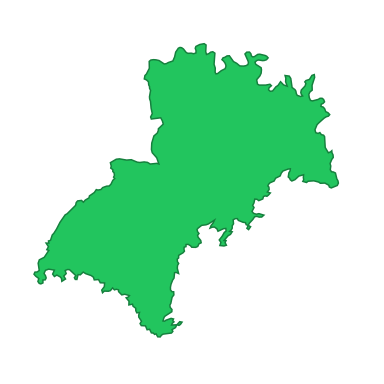 São José dos Ausentes, Rio Grande do Sul, Brazil (Robinson projection), rotated 9°
{"feature_id": "56859067B10014476741522", "entity_name": "São José dos Ausentes", "entity_type": "district", "adm_level": 2, "iso_a3": "BRA", "parent_name": "Brazil", "parent_adm1": "Rio Grande do Sul", "projection": "robinson", "projection_center": [-49.931, -28.671], "detail": "fine", "context": "isolated", "style": "filled", "palette": "green", "viewbox_px": 384, "rotation_deg": 9, "n_neighbors": 0, "source": "geoboundaries", "source_scale": "gbopen_adm2", "svg_char_len": 5956}
<svg xmlns="http://www.w3.org/2000/svg" viewBox="0 0 384 384"><g transform="rotate(9 192 192)"><path d="M265.7,62.4L266.9,65.0L267.2,68.4L269.5,72.6L265.7,71.9L262.2,69.2L260.3,73.3L258.4,75.0L255.8,79.6L253.6,80.3L251.6,79.1L251.8,77.0L253.8,74.6L252.1,73.4L248.0,74.9L241.7,75.9L239.8,75.2L238.3,71.0L240.9,66.7L241.7,63.8L241.5,60.4L240.8,58.4L235.0,55.9L233.9,53.9L235.4,52.0L237.1,51.2L241.2,51.2L242.8,50.8L244.9,49.7L246.2,47.6L244.5,46.2L242.8,45.7L237.4,45.3L235.4,45.8L232.5,48.5L230.9,49.1L229.4,48.3L228.5,46.2L226.9,44.8L224.2,45.3L222.7,47.4L226.9,53.9L227.5,55.5L227.3,57.4L225.5,58.8L223.2,59.6L219.5,60.0L216.0,57.9L212.6,56.7L207.6,51.6L205.3,52.1L203.4,53.8L201.7,54.6L200.9,56.6L202.8,57.8L204.7,59.8L205.9,62.2L205.5,65.0L201.9,67.6L198.8,71.0L197.2,71.6L196.1,70.1L195.6,66.0L193.8,62.4L192.9,51.3L190.6,50.2L188.5,51.0L187.1,52.6L184.8,53.9L183.6,51.2L182.9,44.6L180.8,43.6L176.6,45.1L173.1,47.6L172.7,49.5L173.9,51.8L174.1,54.1L171.9,55.2L169.6,55.0L166.1,55.7L164.3,55.0L161.2,52.1L159.2,51.1L157.5,51.1L156.0,52.1L154.0,56.4L153.7,61.3L152.6,65.6L148.4,67.8L146.6,69.2L144.6,69.9L138.9,67.3L135.9,67.1L133.3,67.3L130.7,68.1L129.3,69.7L130.5,76.5L128.5,82.7L127.3,84.3L127.2,87.8L129.5,88.4L131.7,89.9L132.5,93.0L133.5,94.4L133.9,96.3L135.2,98.1L135.1,104.6L135.6,106.7L136.8,108.9L138.5,115.6L140.5,120.8L139.4,124.4L140.4,126.3L149.5,123.6L151.6,126.4L153.0,129.4L148.9,134.8L149.1,136.7L148.5,139.2L145.6,142.6L144.6,150.0L145.3,156.4L146.6,159.4L151.8,163.7L154.9,169.5L152.8,169.2L146.4,170.9L143.4,169.7L140.0,169.8L135.9,171.0L133.3,171.1L127.0,169.6L122.4,170.7L115.2,170.6L112.0,171.5L106.8,175.8L108.2,179.1L108.0,181.1L110.3,182.3L110.6,184.2L112.0,185.2L112.8,187.7L112.2,189.6L113.6,190.8L112.0,192.8L110.8,196.8L109.3,199.0L106.7,199.6L103.1,201.6L101.7,203.8L98.8,204.8L97.1,204.6L95.6,207.8L91.3,211.9L91.2,213.9L87.8,216.7L86.3,219.1L84.2,217.6L80.4,218.7L79.3,220.5L79.1,223.4L72.0,233.1L70.3,234.4L66.4,242.5L64.0,249.8L62.0,254.4L60.7,256.3L59.8,261.9L57.9,262.8L58.6,264.9L55.9,265.3L58.8,268.5L57.6,271.7L59.7,272.1L56.3,279.6L51.8,282.9L51.2,286.4L53.4,293.4L51.6,295.2L49.4,295.7L48.8,297.9L50.8,299.6L54.2,301.4L53.8,304.5L55.4,306.2L57.1,306.4L59.0,305.1L58.5,302.3L60.8,301.7L61.4,299.7L60.4,297.6L58.6,295.6L59.5,292.3L62.5,290.6L68.3,290.7L67.2,294.9L69.3,297.0L71.5,295.2L75.2,296.5L76.6,297.8L77.4,300.6L80.7,297.7L78.5,295.1L80.5,292.3L79.0,289.4L81.0,288.1L83.1,287.8L90.4,292.8L89.2,295.0L90.4,296.6L92.0,296.4L92.4,291.4L94.6,291.3L97.1,288.1L99.8,289.3L105.5,290.3L108.0,291.6L109.2,294.1L113.4,293.1L115.6,296.0L119.9,295.5L120.2,299.2L118.2,303.0L119.4,305.5L120.9,303.6L124.9,303.1L126.8,302.2L128.6,299.2L130.7,300.8L132.4,299.9L134.7,300.1L135.1,301.9L138.7,304.6L141.6,303.5L146.4,304.1L145.4,305.8L143.5,306.8L146.9,309.8L147.3,313.4L150.8,312.1L151.7,314.1L154.6,315.6L155.1,318.1L156.4,320.0L159.0,319.2L158.6,322.0L159.0,323.9L162.3,327.5L161.3,330.1L162.8,331.9L167.0,331.5L169.2,335.1L171.6,334.2L173.9,337.5L175.9,337.4L177.3,338.5L178.7,337.7L180.8,340.4L183.3,340.1L184.2,338.2L185.7,336.9L193.8,334.5L194.9,332.7L193.8,331.1L196.9,328.5L197.8,325.5L192.6,326.6L193.0,324.8L194.5,323.1L193.1,322.1L193.6,320.3L191.1,320.1L186.3,322.7L185.1,323.9L183.5,323.9L184.0,320.2L184.9,318.7L190.8,313.4L190.6,311.2L188.5,309.4L187.8,307.1L188.5,305.3L188.8,299.1L190.2,296.5L189.5,293.4L187.8,293.6L186.1,292.1L185.6,289.4L185.7,286.5L186.7,281.9L187.7,279.9L187.4,274.4L188.9,273.9L191.5,274.6L189.4,269.6L189.2,266.7L190.0,264.7L188.5,263.1L187.9,260.6L189.1,259.2L188.7,256.7L192.7,253.4L193.8,251.6L193.0,249.8L192.9,247.7L194.6,246.9L194.3,244.8L196.4,244.3L198.9,245.3L200.4,246.6L204.3,246.1L206.2,244.9L206.9,242.2L209.0,240.7L208.2,238.5L205.1,235.7L204.3,233.8L205.4,231.9L203.7,230.3L202.8,228.2L203.7,226.7L206.8,223.4L211.0,222.2L213.2,221.0L218.6,216.2L217.7,219.3L216.1,222.1L215.5,224.8L217.4,223.6L219.7,223.1L222.4,224.5L223.8,226.7L228.9,223.3L231.1,222.7L231.8,225.2L230.2,226.9L228.7,231.0L226.4,235.1L228.4,237.2L227.9,240.5L232.0,240.3L234.3,239.2L232.6,236.8L233.2,234.7L231.2,234.9L234.6,229.4L236.6,227.9L237.9,225.0L235.4,225.0L236.7,223.4L237.4,221.4L237.0,219.1L238.0,216.9L237.0,213.0L238.8,211.6L241.0,211.2L242.2,212.8L247.0,213.9L249.6,213.9L250.6,215.8L252.8,216.2L253.5,213.9L256.4,209.6L257.7,206.7L259.9,205.9L262.2,206.3L264.8,205.8L266.6,203.6L261.5,202.9L258.9,203.9L256.1,203.4L254.3,201.8L255.7,197.7L254.0,195.7L254.9,193.2L255.1,189.2L257.3,189.0L259.3,190.1L263.0,187.8L263.3,185.3L264.8,184.4L266.7,184.5L267.9,183.2L269.5,180.7L266.4,180.2L267.8,177.5L267.2,175.1L265.9,174.1L266.5,172.3L267.6,170.7L271.4,168.3L272.4,165.3L276.6,162.3L277.2,159.4L278.6,157.0L283.2,154.4L285.5,153.7L285.6,155.6L284.7,157.9L284.7,162.1L286.2,163.1L287.2,164.6L288.9,165.5L291.8,163.7L295.0,159.6L299.5,157.5L299.7,160.3L300.4,162.4L299.8,164.2L303.6,164.7L305.0,163.2L310.6,161.9L315.6,162.4L317.4,163.3L321.9,162.4L326.0,163.9L326.9,165.6L328.9,166.2L334.5,162.8L335.2,160.3L334.4,158.1L333.0,156.4L330.7,150.8L328.5,150.1L326.6,150.2L325.1,148.4L325.0,144.6L323.9,142.3L325.0,137.9L326.1,135.8L325.5,133.3L324.1,131.3L323.6,129.4L322.6,130.7L320.5,131.9L316.6,127.2L314.3,116.6L313.1,115.3L310.8,115.1L309.0,113.3L307.4,114.4L305.0,114.1L303.7,111.3L305.0,105.9L306.6,103.7L311.0,98.3L312.7,96.8L314.9,95.7L315.9,94.0L313.9,92.4L311.5,91.7L310.0,89.0L308.3,87.6L306.0,87.3L305.9,85.1L307.6,84.0L308.8,82.2L307.5,80.0L305.9,79.1L303.8,79.4L302.2,80.8L296.7,83.2L294.7,83.0L293.1,80.5L292.1,77.3L292.8,74.8L294.8,72.6L293.9,67.9L295.2,59.6L294.4,56.9L292.2,58.1L290.4,62.4L287.1,64.1L286.2,65.6L287.5,67.0L287.1,69.6L284.0,74.2L283.9,76.7L284.7,78.4L286.2,79.8L284.3,80.7L280.8,80.1L279.6,78.4L278.8,76.1L277.7,74.8L274.5,73.1L271.8,64.4L269.9,62.3L265.7,62.4ZM197.8,325.5L200.0,325.8L201.3,324.6L202.5,322.1L200.2,322.0L197.8,325.5ZM252.8,216.2L251.9,219.3L253.8,220.3L255.3,217.1L252.8,216.2Z" fill="#22c55e" stroke="#15803d" stroke-width="1.5"/></g></svg>